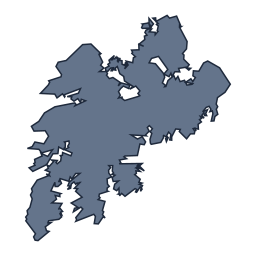 Vestvågøy nor, Nordland, Norway
{"feature_id": "86288312B23095338426398", "entity_name": "Vestvågøy nor", "entity_type": "district", "adm_level": 2, "iso_a3": "NOR", "parent_name": "Norway", "parent_adm1": "Nordland", "projection": "albers", "projection_center": [13.78, 68.202], "detail": "fine", "context": "isolated", "style": "filled", "palette": "slate", "viewbox_px": 256, "rotation_deg": 0, "n_neighbors": 0, "source": "geoboundaries", "source_scale": "gbopen_adm2", "svg_char_len": 5736}
<svg xmlns="http://www.w3.org/2000/svg" viewBox="0 0 256 256"><path d="M38.0,240.6L49.1,231.4L46.5,230.8L45.3,226.8L51.2,222.5L47.9,222.8L48.6,220.8L58.9,219.3L61.6,216.9L59.6,213.1L61.6,214.5L60.6,212.1L62.6,211.5L59.9,208.1L58.4,209.5L62.0,203.4L51.8,202.9L56.5,199.2L55.2,195.5L59.9,196.6L59.6,193.6L59.8,193.4L60.4,193.7L60.7,193.7L60.9,193.6L50.9,190.9L54.9,182.3L55.1,186.5L57.9,186.5L61.5,183.4L60.3,180.5L58.6,182.1L60.1,178.6L68.8,181.3L70.2,176.9L71.9,178.9L75.6,173.5L79.9,173.4L69.3,182.1L67.8,185.8L70.5,186.1L67.4,189.4L70.6,188.3L71.3,184.1L74.0,181.9L75.7,184.3L77.1,183.0L77.6,183.6L79.9,182.4L80.1,182.4L74.3,188.4L77.6,188.7L75.6,191.3L82.1,197.2L71.2,203.0L77.9,207.4L74.5,208.3L73.4,211.8L80.9,207.1L82.8,209.0L75.8,217.6L76.6,219.8L75.8,221.3L93.8,214.3L95.4,216.4L94.2,223.6L98.3,223.9L103.1,216.9L105.1,217.9L102.5,214.6L103.7,211.8L102.4,210.6L105.0,201.4L98.1,199.6L100.1,197.8L98.9,196.3L99.4,194.0L108.1,191.3L107.0,190.9L107.2,188.0L109.3,186.3L107.5,184.2L107.1,178.9L111.5,176.8L108.8,173.1L108.6,170.2L110.6,167.6L108.8,165.6L112.7,165.6L112.3,171.1L113.6,173.1L111.9,174.3L115.0,175.2L112.1,177.5L113.2,181.5L118.5,181.0L114.7,184.2L113.6,188.9L116.7,190.7L118.9,188.1L119.1,193.6L118.2,194.1L120.2,194.5L119.4,195.9L121.7,193.4L125.0,196.3L135.1,188.6L136.7,189.5L135.5,191.9L136.6,192.3L140.2,186.9L141.1,188.1L140.5,191.3L142.1,189.1L141.2,188.1L142.5,185.5L139.3,184.3L142.0,183.1L138.9,182.3L140.2,179.2L134.7,174.6L136.4,173.4L135.9,170.9L140.2,171.4L137.0,168.7L139.2,168.5L139.1,168.0L136.1,167.7L138.3,166.1L136.6,166.2L138.6,165.0L137.6,164.0L139.8,165.4L138.1,167.3L144.3,170.9L139.4,166.0L142.2,163.5L119.2,163.8L120.9,162.9L119.4,160.0L126.6,158.7L123.9,156.8L124.9,156.0L137.4,155.5L139.9,144.0L144.2,144.7L145.6,141.9L142.2,136.7L137.5,139.0L131.1,134.9L146.3,135.8L145.4,135.1L149.2,131.1L147.3,127.5L149.3,125.6L152.4,128.7L150.1,131.8L151.8,133.3L150.0,139.3L150.4,143.1L151.2,144.3L160.8,142.4L163.5,137.6L163.4,135.8L163.8,135.4L166.9,137.4L165.6,138.6L166.4,141.6L168.2,137.7L166.6,135.9L168.6,132.1L170.9,134.5L169.7,139.9L171.7,140.2L171.7,136.8L175.7,129.0L180.3,129.4L179.3,131.5L186.6,138.8L190.4,133.9L194.3,133.8L194.8,131.3L193.1,128.6L195.0,128.1L196.0,131.2L195.2,128.5L198.4,129.1L198.1,124.3L201.4,121.9L199.5,119.6L201.5,118.4L200.4,116.5L204.1,118.1L201.8,115.3L203.9,112.8L204.5,115.6L206.7,115.6L205.7,113.6L207.5,109.7L202.6,111.8L206.2,107.4L209.1,106.3L210.9,109.2L209.8,111.7L212.3,110.9L212.9,113.7L211.2,121.1L214.0,120.9L214.9,116.5L217.8,114.3L216.3,109.2L217.7,106.7L216.2,104.1L217.5,97.6L225.0,92.3L230.3,84.2L219.6,67.8L207.7,61.0L203.6,63.0L198.8,71.2L193.4,70.8L192.9,75.8L195.4,77.5L192.8,81.5L190.9,78.8L185.6,82.3L192.8,83.6L192.1,84.3L186.9,85.1L184.5,80.3L180.1,81.6L177.9,76.4L175.6,79.5L173.8,75.6L168.0,80.5L165.9,86.5L164.6,86.7L165.5,85.3L162.4,82.9L164.7,77.2L163.8,73.8L155.4,63.7L149.1,62.8L151.5,58.4L158.5,56.4L167.8,69.4L163.9,74.1L169.1,76.7L170.9,73.2L171.9,76.3L175.0,71.7L179.8,71.9L178.6,68.4L186.3,67.2L185.9,67.7L188.8,70.1L190.7,68.3L186.7,68.0L189.2,64.7L183.7,59.2L184.0,55.0L182.5,53.6L186.5,48.9L187.1,41.5L179.8,27.7L181.0,26.8L179.5,27.0L179.6,24.3L181.0,26.4L176.6,16.1L169.5,18.1L167.1,15.4L156.0,21.4L155.6,17.9L152.8,18.2L158.1,23.5L157.3,23.5L157.3,23.8L156.8,24.0L156.4,24.5L158.3,25.9L157.2,30.8L158.0,31.4L155.2,34.7L155.2,32.3L149.3,31.8L151.5,29.2L150.3,29.4L151.2,27.4L149.9,27.0L149.0,24.0L151.5,26.4L153.5,23.9L149.0,18.4L149.1,22.9L142.2,24.0L142.9,24.5L141.6,27.7L142.4,28.4L150.3,28.1L146.0,30.2L144.9,32.5L147.0,35.2L144.4,36.1L144.8,39.5L139.1,44.1L143.7,46.3L138.8,44.3L139.0,49.8L131.5,50.1L132.6,52.2L131.8,53.4L135.4,56.7L133.4,57.7L132.7,62.7L126.1,61.1L128.1,65.0L124.6,68.9L126.1,65.9L125.1,65.3L127.1,64.6L125.2,62.2L125.9,63.9L123.9,64.5L125.0,64.8L124.7,65.5L122.1,64.2L122.0,60.7L119.9,60.4L120.0,57.9L118.1,61.9L117.4,61.0L118.2,58.1L117.0,57.1L117.0,58.3L115.5,57.4L114.7,58.9L113.4,58.3L112.6,59.7L111.6,59.8L114.4,55.5L109.0,60.2L109.9,62.9L107.9,64.3L109.0,66.1L105.4,68.0L105.8,70.9L107.8,71.3L110.8,68.0L112.7,67.8L111.1,70.7L112.4,70.8L114.2,67.5L113.6,69.7L115.8,70.2L115.5,67.8L117.3,66.5L119.8,73.7L123.7,76.4L124.5,81.0L132.9,86.3L129.7,89.2L135.8,86.1L139.9,90.9L137.9,93.5L139.8,95.7L137.8,96.6L124.7,100.5L121.4,98.0L122.6,96.9L118.5,98.0L120.3,95.2L118.5,91.6L120.6,88.6L123.3,86.1L128.6,88.5L129.9,85.2L121.2,82.9L118.2,85.9L120.0,82.3L112.9,77.5L109.3,78.6L106.5,75.2L107.5,73.7L106.3,71.5L99.4,71.6L103.9,68.1L100.6,65.2L102.7,62.1L99.0,54.4L99.3,53.9L100.4,54.1L100.6,53.9L99.0,53.8L100.6,53.4L91.0,44.0L82.6,44.6L66.2,60.5L58.2,62.2L56.0,66.5L61.5,74.5L61.0,76.8L48.7,80.8L49.7,82.2L48.3,85.0L40.4,93.4L54.8,94.1L57.0,97.9L62.5,93.8L64.6,97.0L65.0,96.2L64.3,95.4L64.3,94.7L80.5,88.6L78.4,93.2L67.2,96.6L71.8,96.9L71.0,98.9L74.0,101.2L77.8,98.6L80.5,102.5L81.3,99.3L85.5,100.8L75.1,105.7L76.0,104.3L74.8,102.9L54.9,106.8L44.5,112.9L38.8,121.4L31.4,126.3L34.0,131.1L45.2,130.7L48.6,136.2L43.9,143.8L34.9,142.0L32.2,146.6L27.4,148.4L38.9,149.3L41.7,152.9L52.6,149.7L47.7,156.4L41.0,153.3L42.1,156.0L34.6,159.4L35.1,162.7L33.8,163.5L35.0,165.3L29.1,167.8L32.8,171.4L46.7,164.6L52.9,153.8L57.9,153.6L58.7,147.0L63.7,149.7L64.3,148.0L65.2,147.4L65.4,143.2L64.4,142.0L68.9,141.0L69.3,143.5L67.7,146.2L68.7,147.5L64.5,149.6L72.0,152.9L70.9,155.8L62.6,152.5L62.4,155.3L60.3,155.6L61.2,156.9L60.7,160.9L57.2,163.8L56.0,162.5L57.4,160.5L51.5,160.0L53.6,161.6L49.3,166.3L47.1,165.1L48.3,168.3L45.3,170.2L50.0,172.1L48.9,174.1L49.6,175.7L46.3,173.8L48.1,175.9L37.2,180.1L31.5,188.7L32.4,191.5L30.5,195.0L32.2,198.9L29.9,207.4L27.1,210.7L27.8,214.4L25.7,217.1L26.8,219.1L25.8,220.8L35.5,233.8L33.6,236.9L35.1,240.2L38.0,240.6Z" fill="#64748b" stroke="#1e293b" stroke-width="1.5"/></svg>